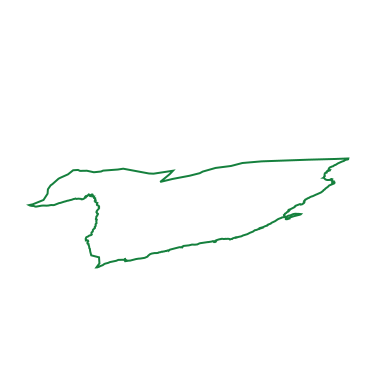 outline of Vadsø nor, Finnmark, Norway, rotated 342°
{"feature_id": "86288312B60394141718177", "entity_name": "Vadsø nor", "entity_type": "district", "adm_level": 2, "iso_a3": "NOR", "parent_name": "Norway", "parent_adm1": "Finnmark", "projection": "robinson", "projection_center": [29.594, 70.269], "detail": "fine", "context": "isolated", "style": "outline", "palette": "green", "viewbox_px": 384, "rotation_deg": 342, "n_neighbors": 0, "source": "geoboundaries", "source_scale": "gbopen_adm2", "svg_char_len": 5783}
<svg xmlns="http://www.w3.org/2000/svg" viewBox="0 0 384 384"><g transform="rotate(342 192 192)"><path d="M267.8,184.4L248.9,180.0L237.1,179.3L221.9,176.4L208.5,175.9L205.2,176.5L194.8,175.8L177.7,173.6L164.9,172.6L176.4,168.1L180.5,165.9L161.1,162.7L156.8,161.1L133.8,148.6L128.4,147.7L114.1,144.2L111.8,144.4L104.8,142.9L98.6,139.3L92.0,137.3L90.4,135.8L85.7,134.6L79.5,136.9L71.0,137.8L69.2,138.1L61.6,141.4L59.6,142.0L55.8,144.9L54.1,149.0L48.3,153.7L36.7,154.5L33.0,154.1L33.6,154.7L34.9,155.5L35.6,155.8L37.1,156.3L38.5,157.5L39.5,157.8L44.7,158.5L46.9,159.1L49.3,160.0L51.2,160.5L53.1,160.7L54.5,161.0L55.9,161.6L57.1,161.8L62.2,161.5L63.4,161.7L67.3,161.7L68.8,161.8L70.8,161.8L71.9,162.0L72.9,162.0L75.2,162.2L77.3,162.1L78.4,162.3L79.1,162.2L80.0,162.9L81.8,163.2L84.4,164.3L84.7,164.6L84.7,164.8L85.4,164.9L85.7,165.1L86.7,165.0L87.6,164.8L87.8,164.6L89.1,164.4L88.9,163.9L89.7,163.5L89.8,163.4L89.6,163.2L89.8,163.1L91.0,163.5L91.5,163.0L92.5,163.1L92.7,162.6L92.9,162.5L93.1,162.4L93.4,162.7L93.6,163.0L93.6,164.1L94.0,164.5L94.7,164.5L94.8,164.3L94.6,163.9L95.2,163.5L96.1,163.4L96.5,163.6L96.5,163.8L95.7,164.4L96.7,164.7L96.7,165.2L96.3,165.6L97.4,166.0L97.1,166.3L97.2,167.1L97.0,167.4L97.0,167.5L98.0,168.0L97.8,168.8L97.4,169.4L97.8,170.0L96.9,170.5L97.3,171.0L97.0,171.4L97.0,171.6L98.6,173.2L98.1,173.7L97.9,174.4L97.6,174.7L97.7,175.2L98.9,176.1L99.0,176.4L99.1,177.2L98.6,177.7L98.8,178.3L98.7,178.6L97.7,179.4L96.8,179.8L95.3,180.9L95.3,181.4L94.9,181.7L95.0,182.0L95.1,182.3L95.1,182.9L95.4,183.3L95.8,183.6L95.8,183.9L94.7,184.8L94.6,185.2L93.6,185.7L93.3,186.0L93.2,186.3L92.8,187.3L92.3,187.8L92.2,188.1L92.8,188.7L92.9,189.0L91.9,190.0L91.9,190.9L91.6,191.5L91.6,192.1L91.4,192.3L90.6,192.6L90.3,192.9L90.0,194.3L89.8,194.6L88.9,195.0L88.6,195.3L88.7,195.9L88.6,196.2L86.6,197.1L85.9,197.6L85.6,198.6L85.3,199.0L84.2,199.3L83.9,199.5L83.4,200.8L83.5,201.5L82.7,201.8L80.8,201.7L79.3,202.2L77.9,202.3L77.3,202.5L76.9,203.1L76.4,203.7L76.3,203.9L76.6,204.5L76.2,205.0L76.1,205.3L77.9,205.8L78.0,206.0L78.1,206.7L78.0,207.0L77.0,207.7L76.7,208.2L76.8,209.0L77.6,209.7L77.2,210.6L77.4,211.5L77.0,213.8L77.3,214.4L76.8,217.2L76.6,221.1L83.4,225.4L81.9,231.3L77.8,234.2L78.5,234.4L80.4,234.4L82.0,234.1L84.5,234.0L86.3,233.4L87.3,233.3L90.2,233.5L92.3,233.3L98.7,234.0L100.9,233.8L105.7,235.2L106.5,235.7L106.8,236.2L106.8,236.5L106.9,236.3L106.7,236.0L107.2,235.2L107.4,235.0L107.7,235.0L107.7,235.3L107.4,235.4L107.3,235.8L107.1,236.5L107.4,236.5L107.2,236.4L107.3,236.2L107.5,236.2L108.6,236.6L108.6,236.8L108.9,237.1L108.5,237.4L111.1,237.8L111.7,238.1L118.2,238.5L120.7,238.9L122.2,239.3L126.6,240.0L129.7,239.7L130.5,239.1L132.8,238.2L134.6,238.1L137.5,238.5L139.3,239.1L140.9,239.4L141.6,239.2L143.6,239.5L144.6,239.4L145.2,239.5L145.6,239.8L146.1,239.7L147.7,240.0L148.5,239.9L149.3,240.2L150.5,240.0L151.5,240.3L151.5,240.5L151.7,240.4L152.1,240.3L152.1,240.5L152.3,240.5L152.4,240.4L152.1,240.2L153.1,240.0L162.8,240.6L163.7,240.8L164.0,241.1L165.0,241.3L165.5,241.7L165.8,241.5L165.3,241.3L165.7,241.0L167.4,240.7L172.6,241.8L175.7,242.0L178.5,243.0L180.9,243.5L182.9,243.2L183.8,243.2L190.9,244.4L190.8,244.8L191.0,244.5L195.4,245.2L196.2,245.2L196.2,245.3L197.4,245.5L197.7,246.0L197.4,245.9L197.5,246.1L196.9,246.1L197.5,246.2L197.5,246.4L198.1,246.6L198.5,246.6L198.4,246.6L198.5,246.7L199.1,246.6L199.8,246.1L199.6,245.5L200.3,245.4L202.8,245.4L204.9,245.6L205.0,245.7L206.0,245.7L207.8,246.6L209.5,246.9L209.7,247.1L211.8,247.6L213.0,248.2L213.4,248.9L215.0,248.8L215.6,249.1L216.3,248.7L218.9,248.7L219.7,248.6L221.0,248.9L220.8,249.1L223.1,249.1L223.3,249.2L225.4,249.4L227.0,249.1L231.6,249.2L234.5,248.7L237.8,248.5L239.8,247.8L241.8,248.0L243.7,247.8L244.4,248.0L245.2,247.8L246.2,247.8L245.9,247.6L246.7,247.5L246.5,247.3L248.7,247.4L251.2,247.1L253.1,247.2L253.6,247.0L253.6,246.7L254.2,246.5L257.1,246.4L258.0,245.9L262.0,245.4L265.0,244.5L266.4,244.3L269.1,244.2L269.6,244.0L271.0,244.2L272.2,244.4L274.1,245.2L274.1,245.9L273.6,246.4L273.0,246.4L273.2,246.5L272.1,246.3L272.9,246.7L273.1,247.0L274.3,247.3L275.5,247.3L275.2,247.0L275.6,246.7L278.5,246.5L281.8,246.5L287.1,246.9L288.4,246.9L288.8,246.7L286.8,245.8L284.7,245.1L284.2,244.8L282.4,244.4L281.2,244.3L278.2,244.6L276.4,244.3L274.6,244.7L273.9,244.6L273.1,244.2L272.6,243.6L272.3,242.8L272.3,242.7L272.3,242.3L273.3,241.9L273.7,241.4L274.0,241.3L275.4,241.0L275.9,240.6L276.8,240.3L277.6,240.4L278.1,240.1L277.5,239.9L278.0,239.1L278.6,238.8L280.2,238.8L284.7,238.1L285.3,237.8L285.1,237.7L286.2,237.1L291.0,236.9L291.7,237.4L291.7,237.6L293.1,237.7L294.4,237.3L294.4,237.1L294.7,236.9L295.3,236.9L295.7,236.6L295.8,236.2L295.6,235.4L296.1,235.1L296.5,235.1L296.6,234.8L296.8,234.6L297.4,234.5L297.6,234.2L299.0,234.1L299.9,233.7L301.2,233.8L301.9,233.5L304.2,233.2L305.4,233.3L309.3,232.8L309.8,232.8L314.5,232.3L316.9,231.5L317.7,230.9L319.0,230.6L319.9,230.0L323.0,229.0L324.4,228.2L329.7,227.8L330.3,227.4L330.1,227.1L330.2,226.8L329.0,226.7L328.6,226.5L328.9,226.3L328.6,225.8L329.5,225.4L329.0,225.1L328.7,224.7L328.8,224.0L328.0,223.8L327.9,223.4L328.1,223.1L329.0,222.9L328.9,222.8L328.3,222.7L326.7,223.1L324.3,222.4L323.3,221.7L322.8,221.3L322.2,220.2L322.0,219.3L321.5,219.1L322.0,219.0L322.4,218.2L323.3,217.8L323.2,217.0L323.4,216.5L324.1,215.3L325.1,215.0L325.6,215.2L326.1,215.2L326.4,214.8L326.4,214.5L326.3,214.3L326.4,214.2L327.6,213.8L328.2,213.8L328.4,213.9L328.5,214.1L328.8,214.0L328.7,213.9L328.9,213.9L329.7,214.1L329.9,213.9L329.3,213.8L328.9,213.5L328.8,212.7L329.9,211.6L331.3,211.1L331.6,211.2L333.1,211.0L334.2,211.1L334.9,210.8L336.1,210.5L336.9,210.6L339.5,209.9L343.9,209.4L346.1,209.4L346.7,209.1L348.9,208.9L349.4,209.1L350.6,209.1L351.0,208.4L338.6,204.9L312.2,197.1L267.8,184.4Z" fill="none" stroke="#15803d" stroke-width="2"/></g></svg>